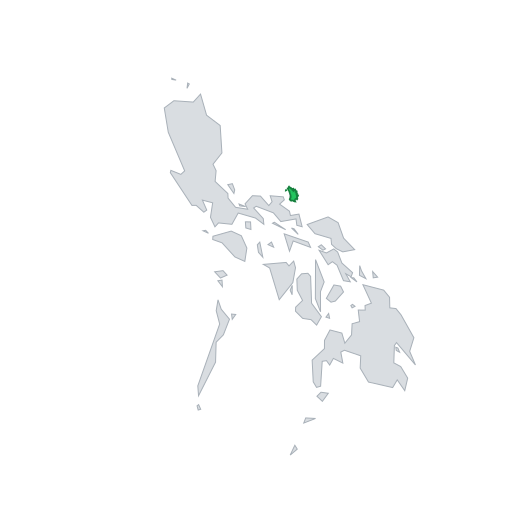 location of Catanduanes, Catanduanes, Philippines, rotated 337°
{"feature_id": "2640588B14186532473464", "entity_name": "Catanduanes", "entity_type": "district", "adm_level": 2, "iso_a3": "PHL", "parent_name": "Philippines", "parent_adm1": "Catanduanes", "projection": "natural_earth1", "projection_center": [124.275, 13.808], "detail": "fine", "context": "in_parent", "style": "filled", "palette": "green", "viewbox_px": 512, "rotation_deg": 337, "n_neighbors": 0, "source": "geoboundaries", "source_scale": "gbopen_adm2", "svg_char_len": 7383}
<svg xmlns="http://www.w3.org/2000/svg" viewBox="0 0 512 512"><g transform="rotate(337 256 256)"><path d="M241.1,81.0L258.4,89.8L268.2,85.3L265.5,107.1L274.0,121.9L264.9,147.8L252.3,154.7L252.6,161.9L247.5,171.4L254.5,187.5L252.9,191.8L256.2,203.2L266.6,209.7L266.3,203.7L276.3,199.1L283.5,202.6L287.5,214.6L292.0,212.3L292.6,206.1L304.2,212.2L304.0,215.4L298.0,217.5L304.3,227.8L303.5,232.2L311.9,234.2L309.9,247.1L305.6,243.7L307.3,237.5L292.3,234.0L288.9,223.1L275.6,210.3L272.6,210.9L277.3,224.4L275.6,229.9L270.4,220.9L256.4,209.5L246.2,217.4L234.4,210.9L229.6,213.1L229.2,202.6L236.9,190.1L228.5,183.6L228.6,194.5L225.1,195.3L220.7,186.0L216.8,184.4L209.7,145.8L211.1,143.9L218.7,151.5L223.6,149.8L223.6,107.8L229.4,83.9L241.1,81.0ZM343.2,324.2L360.2,337.3L362.8,346.2L358.9,356.0L364.3,359.1L366.5,366.8L369.4,392.9L360.2,403.8L360.2,418.6L351.5,390.6L348.4,392.5L341.1,408.2L346.0,414.3L347.9,427.7L340.3,438.1L337.6,425.2L330.4,430.5L310.3,416.0L308.1,399.9L313.4,388.8L300.6,377.3L296.5,377.6L294.1,388.5L287.2,380.5L281.2,385.2L280.0,379.9L275.8,378.8L264.6,401.1L260.4,400.6L259.5,394.2L267.0,373.8L282.8,368.0L286.1,360.4L295.2,353.0L304.9,360.5L303.7,371.0L313.1,366.0L318.0,355.9L325.7,356.9L329.0,345.7L335.4,348.5L337.0,344.2L343.8,344.5L343.2,324.2ZM292.5,337.4L284.8,343.3L281.8,336.1L274.6,331.7L270.8,322.3L272.5,318.6L281.5,315.1L280.6,303.7L284.6,293.2L291.0,290.2L297.0,292.2L298.3,296.1L288.7,321.2L292.5,337.4ZM337.6,248.2L344.6,257.4L343.6,273.8L349.3,288.7L337.5,286.1L332.8,280.7L330.1,274.8L331.9,269.1L319.0,258.5L315.4,247.0L337.6,248.2ZM259.5,266.6L281.2,273.7L282.5,278.0L288.7,275.4L287.8,282.2L279.5,294.9L260.3,305.3L263.9,272.4L259.5,266.6ZM177.3,337.9L148.5,362.2L151.7,352.8L196.0,304.4L198.0,290.8L203.9,281.5L203.2,291.4L206.9,303.8L195.2,315.8L185.6,319.8L177.3,337.9ZM224.1,221.0L242.9,223.4L250.4,231.6L250.7,245.1L243.6,256.6L236.2,248.6L229.9,230.6L222.6,223.9L224.1,221.0ZM322.0,280.7L330.4,279.9L332.7,284.3L332.3,296.0L338.4,309.1L335.4,312.3L331.7,307.4L332.7,316.6L326.9,312.9L327.0,296.1L324.1,291.1L319.0,292.2L316.3,275.4L322.0,280.7ZM293.6,332.6L294.0,318.4L309.4,282.6L308.6,306.5L301.4,314.0L293.6,332.6ZM322.5,323.3L311.4,328.5L307.0,327.8L304.2,322.5L316.4,313.1L322.1,316.8L322.5,323.3ZM290.6,246.6L309.5,263.6L309.6,269.4L296.1,256.7L288.7,264.7L290.6,246.6ZM316.8,217.9L312.6,220.6L309.4,217.0L313.8,205.6L318.3,211.3L316.8,217.9ZM268.9,410.6L260.3,415.7L257.3,408.9L262.6,406.8L268.9,410.6ZM211.8,254.4L219.9,256.6L221.9,262.3L214.7,262.4L211.8,254.4ZM259.6,220.4L264.3,222.5L261.7,229.6L257.6,226.2L259.6,220.4ZM238.5,424.5L247.3,428.8L234.7,428.4L238.5,424.5ZM348.3,319.8L343.7,314.2L347.7,305.4L347.3,310.8L348.3,319.8ZM264.9,244.7L261.8,259.8L259.7,253.6L261.6,246.2L264.9,244.7ZM217.8,445.4L218.5,449.9L209.7,452.6L217.8,445.4ZM262.5,180.2L262.2,186.9L260.1,189.8L257.9,179.3L262.5,180.2ZM277.9,297.2L274.1,305.8L274.1,300.8L277.9,297.2ZM215.3,264.9L213.1,271.1L211.2,263.9L215.3,264.9ZM322.8,276.6L319.9,276.8L317.0,271.8L320.5,271.2L322.8,276.6ZM275.7,249.2L275.7,254.8L271.5,250.2L275.7,249.2ZM359.7,323.0L355.4,321.9L357.3,315.9L359.7,323.0ZM286.1,232.1L293.6,243.4L284.0,232.3L286.1,232.1ZM214.5,301.9L209.4,305.0L210.8,299.9L214.5,301.9ZM300.4,337.3L299.4,342.1L296.5,339.6L300.4,337.3ZM301.7,245.9L303.3,252.6L299.6,244.1L301.7,245.9ZM145.2,375.5L142.6,375.2L143.2,370.9L145.1,370.4L145.2,375.5ZM327.5,341.0L324.2,341.3L323.9,338.7L325.9,338.2L327.5,341.0ZM350.6,400.7L348.2,397.7L349.0,394.6L350.6,396.1L350.6,400.7ZM219.7,212.7L221.1,216.5L217.1,212.1L219.7,212.7ZM337.5,314.3L338.8,319.3L335.2,313.2L337.5,314.3ZM261.8,71.6L258.0,74.7L260.7,70.1L261.8,71.6ZM265.7,206.4L260.6,203.5L260.7,201.5L265.7,206.4ZM247.9,59.4L251.2,62.9L247.5,60.6L247.9,59.4Z" fill="#d9dde1" stroke="#a8b0b8" stroke-width="1"/><path d="M313.4,205.0L313.2,205.1L313.2,205.3L312.9,205.7L313.0,205.9L312.9,206.0L312.7,206.1L312.5,206.4L312.3,206.3L312.2,206.4L312.1,206.2L311.8,206.0L311.6,206.1L311.7,206.4L311.7,206.5L311.5,206.4L311.5,206.5L311.6,207.0L311.8,207.4L311.7,207.6L311.6,207.8L311.6,208.0L311.6,208.3L311.9,209.4L312.0,209.5L312.0,209.8L311.8,210.0L312.0,210.2L311.9,210.3L311.8,210.2L311.8,210.3L311.9,210.5L311.6,211.0L311.5,210.9L311.6,211.1L311.6,211.3L311.8,211.5L311.6,212.4L311.7,213.4L311.5,213.8L311.5,214.1L311.4,214.6L310.9,215.0L311.0,215.1L311.0,215.3L310.9,215.5L310.8,215.9L310.6,216.0L310.3,216.1L310.2,216.1L309.9,216.3L309.9,216.5L309.6,216.6L309.6,216.8L309.4,216.8L309.4,217.0L309.2,216.9L309.1,217.0L309.3,217.4L309.5,217.6L309.5,217.8L309.9,218.2L309.9,218.5L309.6,218.6L309.9,218.9L310.1,218.6L310.3,218.6L310.8,218.8L311.0,218.9L311.3,219.2L311.3,219.3L311.7,219.5L311.8,219.5L312.0,219.9L312.3,220.2L312.2,220.3L312.4,220.5L312.5,220.6L312.9,220.8L313.0,221.0L313.1,220.9L313.4,221.0L313.4,220.9L313.5,221.0L313.5,220.9L313.3,220.3L313.5,219.9L313.8,219.7L314.0,219.2L314.5,218.9L314.9,218.9L315.1,218.9L315.5,218.9L315.8,219.0L315.9,219.4L316.0,219.5L315.9,219.6L316.0,219.7L315.9,219.8L316.0,219.9L316.0,220.1L316.4,220.1L316.5,220.2L316.4,220.1L316.2,220.0L316.2,219.9L316.4,219.7L316.6,219.5L316.6,219.2L316.6,218.9L316.7,218.6L316.6,218.4L316.6,218.1L316.5,217.6L316.7,217.4L316.9,217.4L317.1,217.1L317.4,217.0L317.4,217.5L317.5,217.5L317.5,217.4L317.7,217.2L317.8,217.2L317.8,217.3L317.9,217.1L318.1,217.1L318.3,216.9L318.0,216.8L318.0,216.7L318.2,216.4L317.9,216.3L317.6,216.2L317.8,215.9L317.6,215.7L317.7,215.3L317.6,215.2L317.9,214.9L317.7,214.7L317.8,214.6L318.1,214.6L318.0,214.4L317.9,214.4L318.0,214.3L317.9,214.1L317.7,213.8L317.9,213.7L318.0,213.8L318.1,213.7L318.2,213.8L318.3,213.7L318.4,213.4L318.3,213.1L318.2,213.0L318.3,212.9L318.1,212.9L318.2,212.7L318.3,212.3L318.2,212.2L318.0,212.3L317.9,212.3L318.1,212.1L318.4,212.0L318.3,211.7L318.1,211.7L317.9,211.6L318.1,211.6L318.2,211.4L318.1,211.1L318.0,210.9L318.0,211.1L317.9,211.2L317.8,210.9L317.9,210.7L317.7,210.7L317.8,210.9L317.7,211.0L317.6,211.3L317.6,210.8L317.5,210.7L317.4,210.8L317.5,210.8L317.4,210.8L317.3,210.6L317.1,210.6L316.9,210.4L316.9,210.2L317.0,209.9L316.8,209.8L316.8,209.7L316.8,209.4L316.7,209.5L316.4,209.5L316.2,209.8L316.1,210.0L316.1,210.5L315.9,210.6L316.0,210.3L315.8,210.2L315.7,210.0L315.6,209.9L315.8,209.8L315.9,209.6L315.7,209.6L315.6,209.3L315.3,209.4L315.1,209.2L315.1,208.8L315.1,208.7L315.1,208.4L315.1,207.8L315.0,207.7L314.9,207.3L314.6,207.2L314.7,206.9L314.5,206.7L314.4,206.8L314.4,206.6L314.3,206.4L314.2,206.2L313.6,205.6L313.6,205.4L313.5,205.2L313.4,205.1L313.4,205.0ZM316.2,208.1L316.1,208.3L316.2,208.5L316.3,208.6L316.2,208.8L316.1,208.5L315.8,208.4L315.8,208.5L315.8,208.9L315.9,209.0L316.1,209.0L316.1,209.3L316.3,209.4L316.5,209.4L316.6,209.2L316.8,209.3L316.8,209.2L316.7,208.9L316.7,209.0L316.7,208.8L316.6,208.6L316.3,208.5L316.2,208.2L316.2,208.1ZM309.4,206.9L309.3,207.0L309.4,207.3L309.5,207.4L309.4,207.3L309.5,207.2L309.6,207.4L309.6,207.2L309.7,206.9L309.6,207.0L309.4,206.9ZM315.6,208.7L315.5,208.8L315.5,209.0L315.7,208.9L315.6,208.7ZM308.9,207.1L309.0,207.2L308.9,207.4L309.1,207.4L308.9,207.1ZM309.9,206.9L309.9,207.0L310.0,207.2L309.9,206.9ZM317.9,215.5L317.9,215.4L317.8,215.5L317.9,215.5ZM317.8,210.5L317.7,210.6L317.8,210.6L317.8,210.5ZM316.0,210.5L315.9,210.6L316.0,210.5ZM318.4,213.1L318.5,213.1L318.4,213.1ZM308.9,206.9L309.0,207.0L308.9,206.9ZM316.5,219.8L316.4,219.8L316.5,219.8Z" fill="#22c55e" stroke="#15803d" stroke-width="1.5"/></g></svg>